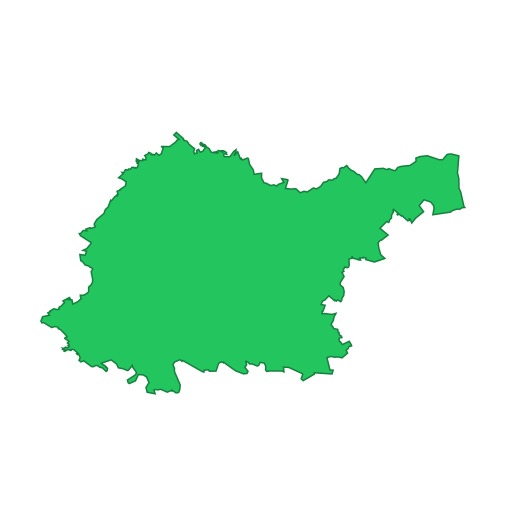 Sincelejo, Sucre, Colombia, rotated 111°
{"feature_id": "7082276B68142499203248", "entity_name": "Sincelejo", "entity_type": "district", "adm_level": 2, "iso_a3": "COL", "parent_name": "Colombia", "parent_adm1": "Sucre", "projection": "natural_earth1", "projection_center": [-75.431, 9.328], "detail": "fine", "context": "isolated", "style": "filled", "palette": "green", "viewbox_px": 512, "rotation_deg": 111, "n_neighbors": 0, "source": "geoboundaries", "source_scale": "gbopen_adm2", "svg_char_len": 6155}
<svg xmlns="http://www.w3.org/2000/svg" viewBox="0 0 512 512"><g transform="rotate(111 256 256)"><path d="M232.2,412.3L232.1,408.8L233.4,403.7L237.3,403.0L242.6,406.7L242.9,406.3L245.4,408.9L247.9,406.9L248.4,407.7L249.6,407.0L249.9,408.2L251.4,409.2L256.3,410.7L256.0,411.7L263.3,411.6L266.6,413.3L270.9,413.2L279.0,417.7L283.9,418.5L285.2,418.0L285.7,416.6L286.6,416.6L289.6,420.2L289.0,421.0L291.9,424.5L293.0,423.0L294.1,426.5L297.7,427.7L298.4,429.0L300.0,427.0L302.5,414.9L303.3,414.5L309.7,416.6L312.7,419.5L312.3,415.9L316.5,415.8L317.7,421.0L323.2,417.9L323.4,416.0L325.6,412.4L325.3,408.3L325.9,407.3L326.1,404.5L327.0,403.8L329.7,404.3L336.2,400.2L338.9,399.3L341.7,399.5L345.0,401.1L349.6,399.4L353.1,401.6L354.8,403.6L355.5,406.0L357.2,405.2L358.2,403.8L362.5,406.0L366.6,409.8L362.9,412.1L363.8,415.0L362.6,414.0L361.6,415.3L367.1,420.1L367.9,418.1L372.8,420.0L374.0,421.3L375.7,421.4L376.2,420.8L377.2,422.2L377.8,426.0L381.4,428.7L381.7,428.1L383.7,430.0L385.2,427.5L389.1,433.4L393.8,433.5L395.2,432.0L394.3,430.3L396.0,421.1L394.1,418.7L393.4,416.2L394.0,414.6L394.7,414.6L394.7,412.3L398.4,404.3L399.3,403.4L400.5,404.9L401.6,404.9L402.6,400.0L404.8,400.9L405.6,398.8L406.8,398.5L407.0,399.2L407.8,397.9L409.5,399.5L409.2,401.0L411.1,402.2L411.4,403.4L411.7,402.6L412.5,403.0L412.4,401.1L413.6,401.1L413.5,400.2L412.2,400.3L412.3,399.3L411.3,398.7L410.0,395.7L410.7,395.5L410.4,394.8L408.9,394.2L408.7,392.6L410.4,387.8L411.6,388.5L412.0,387.1L411.2,386.5L413.9,383.7L416.9,383.8L417.6,381.6L415.6,379.1L418.2,369.9L417.6,368.1L415.5,366.2L415.2,364.5L415.9,361.9L415.5,359.3L417.5,354.6L416.3,353.8L414.2,354.3L413.2,355.9L413.6,356.5L412.2,358.0L412.6,358.8L411.6,362.0L404.9,354.0L406.8,347.5L409.7,344.4L408.9,339.7L409.0,335.0L408.2,334.1L402.5,332.3L404.1,331.2L406.8,326.8L408.4,325.6L410.6,326.3L417.9,331.6L420.1,330.0L420.5,328.6L415.8,323.8L408.9,323.3L407.4,318.7L408.1,314.9L412.6,310.5L418.1,311.6L422.2,308.8L420.8,300.8L417.5,303.3L416.7,302.1L416.2,299.7L414.6,297.2L414.9,290.0L412.5,287.5L412.1,286.0L411.4,286.3L412.5,281.6L411.1,279.3L408.0,279.3L403.5,280.6L393.1,290.7L390.0,291.9L387.2,294.6L384.1,294.0L380.0,289.7L380.9,287.4L380.0,287.2L380.0,285.7L383.2,264.5L383.0,263.0L381.2,263.5L379.3,259.6L380.3,258.3L377.8,252.1L370.1,252.4L368.8,252.0L367.2,250.1L367.4,248.1L366.8,248.1L370.5,234.1L370.5,225.4L368.9,222.3L366.6,222.1L363.8,226.5L360.9,225.7L358.0,227.7L357.9,225.7L359.1,223.2L358.1,220.7L358.3,215.6L357.3,214.3L353.8,213.9L353.0,209.7L355.7,207.3L359.2,206.1L359.9,204.5L358.3,201.8L354.1,190.6L354.2,188.4L349.8,190.5L348.3,185.4L349.2,170.7L349.6,170.0L354.5,169.8L355.5,167.3L345.3,159.1L344.1,159.7L338.9,142.7L334.9,143.1L336.0,146.0L325.4,153.4L322.9,150.0L322.3,146.4L320.7,142.9L320.3,139.2L313.9,135.7L311.7,138.1L309.5,136.8L307.3,136.8L305.7,134.5L305.1,134.8L302.2,138.4L307.7,143.6L305.8,146.5L306.0,147.3L303.5,148.9L302.4,148.5L301.4,146.6L300.3,147.4L299.5,150.3L297.7,151.0L297.5,152.2L295.2,153.4L295.9,157.1L292.9,161.4L288.6,160.7L284.9,161.3L280.9,160.8L283.4,164.3L285.2,171.7L286.3,173.4L284.0,174.4L283.4,173.6L277.2,173.8L278.0,177.8L274.4,177.8L272.4,175.9L267.0,173.7L269.6,166.8L268.9,166.6L269.4,164.9L267.7,163.9L268.3,160.5L266.5,160.1L264.5,160.6L261.6,159.9L257.5,161.0L254.1,163.4L252.8,166.9L252.0,167.4L250.7,167.8L243.6,166.4L240.5,169.9L238.9,168.4L237.8,169.5L234.6,169.2L234.2,166.6L233.0,165.6L231.2,165.7L225.6,168.1L223.7,165.6L221.7,166.3L223.4,164.7L222.6,159.5L223.0,159.3L222.3,156.9L221.8,157.3L222.3,158.1L220.4,158.4L219.5,155.2L218.8,155.3L218.5,152.4L220.0,152.4L219.2,143.3L212.1,134.8L210.2,139.8L204.9,144.0L199.9,146.7L197.3,145.9L195.9,144.3L189.1,140.2L185.7,150.2L176.9,146.3L177.2,144.3L176.5,143.9L173.9,144.2L172.2,143.1L169.1,144.1L165.8,143.5L164.0,144.6L163.2,144.3L165.2,138.9L166.7,139.1L166.9,138.4L165.6,137.8L166.6,134.4L166.1,134.1L168.8,126.9L167.6,125.4L166.5,126.4L166.2,125.6L169.4,122.4L163.4,120.5L154.6,115.4L150.5,121.7L143.3,119.3L143.0,112.1L145.3,108.3L147.6,106.9L154.1,105.7L145.3,90.1L143.5,89.1L140.6,85.8L139.0,82.1L137.2,81.1L135.9,78.5L135.2,79.7L122.9,87.8L120.0,90.8L111.0,94.4L106.2,97.7L89.8,102.5L90.7,110.0L92.1,113.2L93.2,114.2L99.2,116.2L100.5,119.5L101.0,132.0L104.4,138.6L107.3,141.8L110.3,140.5L116.3,144.7L120.2,152.4L122.5,155.4L126.7,156.7L126.9,163.4L128.5,164.8L128.5,168.5L132.1,176.3L148.2,179.7L144.1,186.0L143.1,188.8L143.5,190.7L141.9,195.1L141.9,197.5L140.8,200.9L139.0,203.7L142.3,205.9L142.6,207.3L144.2,209.0L149.4,207.8L154.7,209.0L155.7,210.7L157.8,211.8L158.9,215.5L161.1,216.5L163.0,219.4L167.7,220.5L171.7,223.6L171.9,226.8L177.8,231.0L178.4,234.4L181.1,237.4L178.9,242.9L181.0,247.4L182.4,252.7L173.7,253.3L173.4,253.9L174.6,259.8L177.4,256.4L181.1,260.8L183.3,261.7L183.1,264.6L185.0,267.8L184.4,272.3L184.8,274.8L181.0,278.9L176.7,280.4L180.4,287.0L176.6,289.4L172.7,294.9L167.7,298.1L167.6,299.0L171.3,303.2L170.0,304.8L171.0,305.3L165.3,310.4L170.4,312.6L166.3,312.0L163.9,312.7L166.5,314.3L172.6,315.9L174.6,321.1L173.4,322.5L172.0,322.3L171.5,319.9L170.8,320.8L170.2,320.5L169.7,321.8L169.4,324.4L170.0,325.8L171.0,324.6L170.8,328.6L172.6,330.1L173.3,328.6L173.9,329.2L173.0,330.4L173.7,331.7L174.1,330.5L175.2,334.8L172.5,338.4L171.7,342.4L171.2,342.2L170.3,343.8L170.9,344.4L169.7,348.0L171.0,348.6L172.0,348.0L172.6,346.8L171.7,346.2L172.0,345.2L173.3,345.2L172.0,344.5L172.6,343.6L172.1,342.2L173.0,342.2L177.3,343.2L179.1,345.2L177.0,347.8L178.8,349.3L180.9,348.0L182.6,350.1L180.5,351.7L177.9,351.7L175.7,358.6L173.6,361.3L173.7,365.2L172.5,365.7L169.2,374.6L172.5,376.1L174.8,369.7L176.2,371.3L178.1,371.7L184.7,375.7L187.8,383.9L188.1,381.5L194.3,381.0L196.8,382.6L195.5,386.0L198.2,386.9L197.9,388.2L198.8,389.0L198.3,389.6L198.8,390.1L197.8,390.8L197.7,393.9L198.3,392.6L202.1,395.9L203.5,393.9L205.9,393.4L206.2,396.4L207.3,395.8L208.6,398.8L208.1,402.4L210.5,401.8L210.8,400.4L212.0,400.3L211.8,399.6L209.6,400.3L209.1,399.5L215.0,398.4L217.0,399.4L216.7,400.4L217.4,401.0L217.1,402.2L217.7,403.6L220.1,404.4L220.4,406.1L221.6,406.4L222.3,408.9L225.6,409.4L226.0,411.1L227.0,409.6L232.2,412.3Z" fill="#22c55e" stroke="#15803d" stroke-width="1.5"/></g></svg>